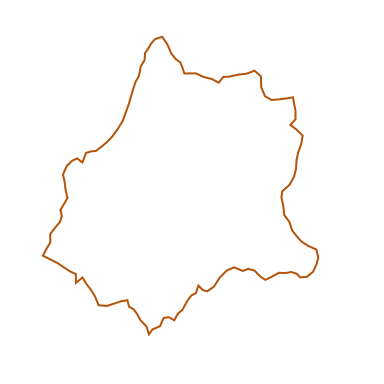 Itapecerica da Serra, São Paulo, Brazil, rotated 10°
{"feature_id": "56859067B35127422475482", "entity_name": "Itapecerica da Serra", "entity_type": "district", "adm_level": 2, "iso_a3": "BRA", "parent_name": "Brazil", "parent_adm1": "São Paulo", "projection": "equal_earth", "projection_center": [-46.858, -23.736], "detail": "fine", "context": "isolated", "style": "outline", "palette": "amber", "viewbox_px": 384, "rotation_deg": 10, "n_neighbors": 0, "source": "geoboundaries", "source_scale": "gbopen_adm2", "svg_char_len": 1744}
<svg xmlns="http://www.w3.org/2000/svg" viewBox="0 0 384 384"><g transform="rotate(10 192 192)"><path d="M56.2,280.6L66.0,283.6L71.8,285.3L80.1,289.0L86.0,291.5L91.8,292.9L93.5,301.7L99.0,295.2L104.2,301.1L109.0,305.4L114.5,311.5L119.7,319.7L127.9,319.0L136.8,314.3L141.4,311.8L147.2,309.8L150.0,316.0L154.7,317.6L158.8,321.3L163.4,327.1L170.7,332.5L174.3,339.6L177.0,334.2L183.8,329.7L185.9,321.0L190.7,319.3L196.8,321.4L199.3,314.1L203.0,309.8L206.6,299.3L209.2,294.2L213.5,290.9L214.5,283.0L219.6,286.7L224.3,287.1L230.1,281.2L234.2,271.5L239.8,263.4L246.4,258.9L255.8,260.9L260.8,257.9L267.1,258.5L274.5,263.7L279.5,265.8L284.8,262.0L291.6,256.5L298.2,255.6L303.6,253.5L309.3,254.3L313.3,257.3L319.9,255.6L325.1,249.5L327.0,242.4L327.8,234.9L324.5,227.1L315.1,224.7L308.3,221.7L303.6,218.0L297.2,212.4L293.2,204.6L286.8,198.7L284.3,189.7L281.0,181.9L280.8,175.6L286.8,168.0L289.9,158.9L290.4,150.9L289.4,142.0L289.7,134.6L291.2,126.0L291.2,117.3L284.1,112.4L277.2,108.9L281.3,102.4L279.8,93.8L277.5,88.1L275.0,81.2L268.9,83.4L260.5,86.0L254.4,87.5L247.4,85.1L241.9,76.6L239.8,66.1L232.5,61.7L225.1,66.1L217.8,68.2L213.0,70.1L208.2,72.1L202.8,73.2L199.3,79.7L192.0,77.3L182.8,76.6L175.5,74.5L169.2,75.6L163.9,76.6L161.0,71.2L157.9,66.3L152.8,63.9L147.7,59.3L141.8,50.5L135.8,44.4L129.2,47.7L126.2,52.4L124.0,58.3L121.6,63.4L122.4,70.1L119.8,77.3L119.6,87.1L117.3,93.1L115.9,103.0L114.5,116.5L112.8,126.0L111.5,133.8L108.2,142.3L103.7,151.5L99.3,157.9L95.3,162.8L90.3,168.2L85.7,169.5L80.9,171.9L78.9,181.9L73.1,178.9L68.6,182.0L64.2,187.9L61.9,197.2L64.5,203.3L67.0,211.5L70.4,219.7L68.3,225.4L65.5,232.5L68.0,238.3L67.2,244.4L64.0,249.8L59.7,258.0L61.2,266.3L58.6,273.2L56.2,280.6Z" fill="none" stroke="#b45309" stroke-width="2"/></g></svg>